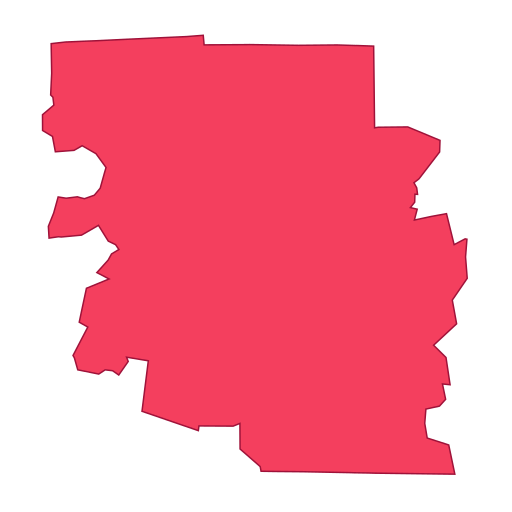 Worcester, Massachusetts, United States of America, rotated 179°
{"feature_id": "52423323B99860119642972", "entity_name": "Worcester", "entity_type": "district", "adm_level": 2, "iso_a3": "USA", "parent_name": "United States of America", "parent_adm1": "Massachusetts", "projection": "robinson", "projection_center": [-71.838, 42.365], "detail": "fine", "context": "isolated", "style": "filled", "palette": "rose", "viewbox_px": 512, "rotation_deg": 179, "n_neighbors": 0, "source": "geoboundaries", "source_scale": "gbopen_adm2", "svg_char_len": 1609}
<svg xmlns="http://www.w3.org/2000/svg" viewBox="0 0 512 512"><g transform="rotate(179 256 256)"><path d="M44.8,269.1L46.6,269.5L57.7,263.9L64.8,295.0L80.0,292.5L97.0,289.2L94.0,300.0L100.8,301.7L96.4,307.0L96.0,315.0L93.4,314.8L94.1,321.3L96.8,326.5L91.7,330.3L70.6,356.8L70.0,368.4L102.0,382.4L131.7,382.6L135.2,382.1L134.7,463.8L151.7,464.7L152.9,464.7L171.2,465.6L209.8,465.9L222.0,466.3L258.6,467.5L262.0,467.5L304.2,468.0L304.9,477.6L321.7,476.6L364.8,475.4L382.7,474.9L402.3,474.3L412.3,474.0L417.4,473.9L426.2,473.7L441.5,473.3L442.3,473.3L442.5,473.3L455.2,472.1L455.8,472.0L456.3,472.0L457.1,471.9L457.1,463.0L457.1,442.3L458.5,420.6L456.3,418.3L455.5,410.4L467.0,401.0L467.2,385.2L457.4,379.1L454.8,363.7L436.1,364.8L427.9,369.3L414.2,361.1L404.4,347.1L405.9,342.3L410.6,326.5L416.6,319.6L426.5,316.3L430.7,317.4L433.5,318.3L444.8,317.1L452.8,318.5L457.5,302.6L463.1,289.3L462.6,277.5L453.2,278.7L450.3,278.4L430.1,279.9L413.0,289.4L403.4,273.4L396.2,269.8L393.0,264.9L400.4,260.6L403.9,254.5L415.4,242.2L403.3,235.6L426.1,226.7L431.2,204.7L433.9,192.9L425.4,187.9L440.7,159.7L439.4,157.4L436.2,145.3L415.3,140.7L408.8,144.8L401.4,143.8L395.3,139.4L385.6,152.8L387.2,157.1L365.5,153.1L372.7,102.7L316.7,82.4L316.0,87.1L281.8,86.3L275.0,88.9L275.3,63.3L255.5,45.4L254.7,40.7L239.5,40.2L239.4,40.2L213.0,39.5L164.0,37.7L162.7,37.6L147.7,37.1L140.9,36.8L101.1,35.6L61.0,34.4L66.6,63.7L88.0,71.0L90.2,85.7L88.8,100.0L75.2,102.7L68.9,109.4L71.8,124.8L64.2,123.9L67.8,151.2L80.0,163.7L56.6,184.7L60.5,208.5L45.2,230.0L46.5,251.4L44.8,269.1Z" fill="#f43f5e" stroke="#9f1239" stroke-width="1.5"/></g></svg>